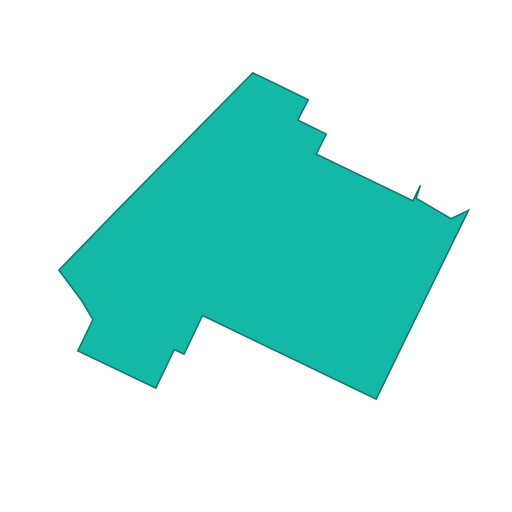 Carroll, Mississippi, United States of America (Mercator projection), rotated 116°
{"feature_id": "52423323B85460642411407", "entity_name": "Carroll", "entity_type": "district", "adm_level": 2, "iso_a3": "USA", "parent_name": "United States of America", "parent_adm1": "Mississippi", "projection": "mercator", "projection_center": [-89.927, 33.446], "detail": "fine", "context": "isolated", "style": "filled", "palette": "teal", "viewbox_px": 512, "rotation_deg": 116, "n_neighbors": 0, "source": "geoboundaries", "source_scale": "gbopen_adm2", "svg_char_len": 487}
<svg xmlns="http://www.w3.org/2000/svg" viewBox="0 0 512 512"><g transform="rotate(116 256 256)"><path d="M121.7,85.0L137.0,97.1L133.9,137.4L120.2,139.2L137.6,139.2L138.0,246.5L115.6,246.3L115.5,277.9L92.7,277.5L92.6,309.1L92.8,339.2L245.5,390.8L253.0,393.3L268.6,398.6L355.1,427.0L372.5,393.3L384.7,374.7L419.4,374.6L418.9,314.9L418.7,288.1L386.1,288.4L376.0,288.5L375.8,277.6L333.0,278.0L332.0,85.2L275.6,85.3L121.7,85.0Z" fill="#14b8a6" stroke="#0f766e" stroke-width="1.5"/></g></svg>